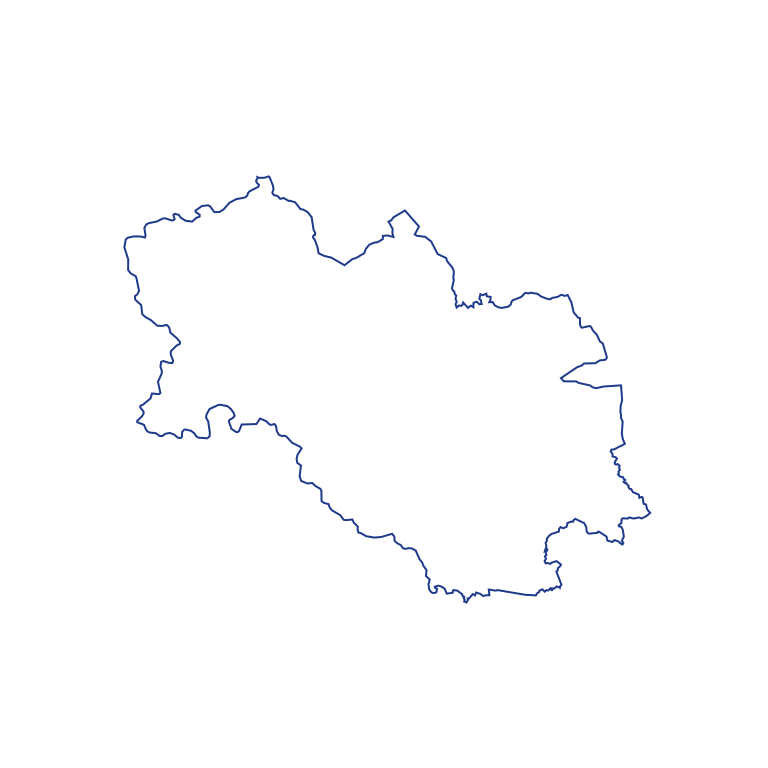 the district of Pacula, Hidalgo, Mexico, rotated 297°
{"feature_id": "50627088B29621121298920", "entity_name": "Pacula", "entity_type": "district", "adm_level": 2, "iso_a3": "MEX", "parent_name": "Mexico", "parent_adm1": "Hidalgo", "projection": "robinson", "projection_center": [-99.322, 21.003], "detail": "fine", "context": "isolated", "style": "outline", "palette": "blue", "viewbox_px": 768, "rotation_deg": 297, "n_neighbors": 0, "source": "geoboundaries", "source_scale": "gbopen_adm2", "svg_char_len": 6159}
<svg xmlns="http://www.w3.org/2000/svg" viewBox="0 0 768 768"><g transform="rotate(297 384 384)"><path d="M510.8,177.3L510.0,178.0L507.2,177.7L505.7,179.0L504.7,182.2L502.7,182.5L494.6,176.7L492.6,176.2L489.5,176.6L487.0,175.4L481.6,168.4L475.3,164.0L466.4,161.7L462.5,159.2L460.1,154.8L463.4,148.4L463.4,146.2L459.9,141.0L453.0,137.3L451.8,138.0L451.1,143.0L449.5,143.7L446.9,141.4L441.6,139.3L439.4,133.1L439.9,127.3L441.6,124.3L440.5,120.1L439.0,119.6L435.9,122.6L434.0,121.8L433.2,119.9L432.4,114.2L431.2,111.9L425.6,107.8L420.5,101.3L418.1,99.7L414.1,99.7L408.1,104.1L406.0,104.5L405.0,100.4L402.0,94.2L398.0,89.3L395.5,88.3L387.9,90.6L378.8,99.6L369.5,104.2L367.6,107.9L367.3,113.8L365.8,115.5L355.7,123.5L352.1,123.5L349.2,122.3L347.1,123.3L346.0,124.7L344.1,131.8L336.6,136.8L335.4,140.5L335.1,147.2L333.0,155.4L335.0,160.0L337.8,163.3L337.8,164.5L336.8,167.0L332.8,170.3L330.7,178.8L328.6,183.4L326.9,183.8L324.2,181.8L316.3,179.2L313.4,180.7L309.0,185.5L306.6,185.9L305.2,182.7L304.3,177.0L302.6,175.4L298.0,176.9L294.9,180.0L292.4,181.2L283.4,181.6L274.4,188.9L272.8,188.1L270.2,181.6L265.1,182.5L256.1,178.6L253.9,176.8L252.5,177.5L250.2,182.3L248.6,183.2L245.1,183.0L239.2,180.8L237.9,181.5L238.7,188.6L235.3,192.7L234.3,194.9L234.4,197.3L236.6,203.1L235.8,207.7L237.1,210.2L240.2,211.6L243.2,215.4L243.7,219.9L242.6,224.6L243.5,227.4L245.2,227.9L249.8,225.9L252.6,226.7L253.3,227.7L254.7,233.4L254.0,237.3L252.2,240.3L251.9,242.9L255.3,251.1L258.0,252.4L261.5,251.0L270.9,244.3L273.3,240.7L276.3,239.7L282.5,239.9L290.2,246.0L291.2,247.7L293.2,254.5L292.2,259.0L289.8,263.4L287.8,265.4L285.0,264.7L281.8,262.6L280.3,262.7L274.8,268.4L274.1,274.1L274.7,275.5L276.3,276.2L283.3,275.6L290.4,288.5L297.0,289.3L297.4,295.8L296.0,300.3L296.3,302.0L298.6,304.5L297.6,306.8L293.3,310.0L291.1,313.2L291.2,316.4L292.7,318.8L292.9,320.7L289.9,328.9L290.0,337.5L289.2,339.8L281.6,339.1L277.5,340.2L274.4,342.5L273.7,347.0L263.6,350.7L260.0,354.2L260.6,361.0L263.2,364.9L262.0,369.1L261.7,374.8L260.4,376.7L251.3,381.5L250.8,384.4L251.8,389.2L249.2,391.8L247.8,395.1L247.3,404.4L244.7,409.7L245.4,411.9L248.9,417.3L246.6,420.3L245.1,425.4L242.5,426.4L240.0,428.7L240.6,431.0L240.3,437.3L242.8,445.1L246.5,451.1L254.2,459.2L252.9,462.3L249.0,464.7L248.1,468.1L248.1,472.0L246.3,475.4L246.7,477.7L249.0,480.6L250.1,483.5L250.1,487.7L243.9,495.4L242.4,498.9L239.8,501.8L237.5,506.4L231.9,508.6L230.6,513.5L225.9,514.5L221.8,517.3L220.2,519.8L219.9,521.9L220.5,523.6L222.2,525.2L225.4,524.4L225.8,521.6L226.4,521.3L229.0,524.0L229.6,526.9L229.2,531.0L225.7,535.1L229.2,540.0L231.2,539.2L232.0,539.7L233.2,543.3L232.1,549.2L230.8,550.3L230.8,552.1L229.3,552.2L228.4,554.0L226.6,554.1L226.7,556.6L230.0,556.9L230.9,555.9L231.8,557.2L237.1,558.5L236.9,561.0L240.1,560.9L240.7,565.2L240.1,568.7L241.6,570.0L243.6,573.8L248.4,570.7L250.6,577.3L252.0,579.0L260.3,605.5L264.6,615.3L266.6,615.3L269.3,616.7L270.5,616.3L273.0,618.3L271.9,621.4L274.0,622.2L274.5,624.0L277.7,625.1L277.8,626.0L276.6,626.4L276.6,627.3L278.7,627.4L279.2,628.7L282.2,629.9L282.2,633.3L283.5,632.7L285.6,633.3L295.2,622.7L296.5,623.4L299.1,622.6L301.8,623.8L303.5,623.5L304.5,618.2L301.0,614.5L299.2,613.8L298.8,611.0L297.6,609.6L299.0,607.5L301.8,607.7L303.5,605.6L305.5,606.3L307.4,604.4L310.2,604.9L310.7,604.6L308.3,603.2L313.4,602.3L315.6,600.2L318.7,600.2L320.1,599.3L323.7,600.0L326.4,601.3L331.9,606.8L334.4,605.8L336.6,606.2L336.9,609.2L339.6,611.5L343.4,610.6L346.6,613.5L347.1,615.0L349.0,614.8L350.7,615.7L350.9,625.5L348.6,628.9L344.3,631.8L343.6,634.5L348.3,641.7L349.4,641.6L350.0,642.5L349.1,651.5L345.9,654.1L346.9,659.2L349.6,660.3L350.1,664.5L349.3,667.0L349.3,669.4L351.2,669.3L352.1,667.1L356.9,667.0L362.3,663.1L364.4,660.4L363.9,657.9L364.7,657.2L367.6,658.6L371.6,657.1L372.6,657.6L374.9,662.4L376.4,663.0L377.5,667.6L380.9,671.9L381.1,674.6L385.5,677.8L390.0,679.7L391.8,675.3L395.6,672.2L395.1,669.7L400.3,666.0L400.4,664.9L398.5,663.3L401.1,661.2L400.6,654.8L402.6,652.0L402.0,650.9L402.9,648.7L404.5,648.1L405.0,645.4L406.0,644.7L405.2,643.7L405.5,641.9L408.0,642.5L408.4,640.4L409.5,639.3L408.7,636.4L409.6,633.6L410.9,633.9L412.4,632.7L414.8,633.1L416.0,631.5L418.1,631.1L418.8,628.7L417.5,627.4L417.7,625.8L419.6,625.0L423.2,625.5L423.9,623.7L423.2,620.5L425.5,619.3L426.9,616.5L428.8,616.5L430.2,618.7L440.0,625.8L443.6,621.5L448.1,618.3L458.7,613.8L461.8,610.2L464.1,609.3L466.2,607.4L472.0,604.8L477.8,603.5L490.4,595.8L481.4,580.7L476.4,574.7L475.8,571.0L476.3,568.4L473.4,557.1L473.5,554.0L468.0,542.9L469.6,539.0L486.4,548.3L490.6,552.0L493.0,552.8L498.5,562.9L503.0,565.6L505.8,569.9L507.6,570.7L509.2,570.3L519.5,560.5L519.9,557.1L524.3,551.6L526.6,545.7L528.9,542.5L529.0,540.8L524.0,534.8L524.2,533.7L525.9,531.7L531.7,528.6L531.2,526.9L533.9,520.5L541.8,513.9L546.7,507.2L544.7,505.3L543.9,501.4L540.5,499.2L536.8,494.5L535.2,493.9L534.1,491.7L533.3,484.4L534.0,479.7L531.9,473.1L530.6,472.2L529.3,468.5L523.8,466.7L517.0,460.7L515.1,460.2L513.0,460.9L509.5,459.8L505.2,454.3L504.3,451.2L504.3,447.1L506.3,443.5L504.7,440.7L507.1,440.7L510.0,439.5L508.8,435.8L510.9,434.2L507.9,431.6L507.8,429.1L503.1,430.3L502.7,432.2L499.6,434.7L498.3,432.7L499.4,429.4L499.0,428.8L496.9,426.9L493.0,428.8L493.3,425.9L490.0,424.3L492.5,417.5L490.1,418.0L488.6,417.3L488.0,415.2L485.1,414.0L487.6,411.5L490.1,411.5L492.5,409.0L495.6,408.2L496.1,406.4L498.3,404.6L498.7,402.8L500.2,401.1L508.0,399.1L511.3,396.9L513.5,396.4L517.0,394.3L519.0,391.6L522.1,384.5L524.5,382.1L524.1,372.8L532.4,361.4L533.8,353.8L531.0,346.1L531.2,343.5L540.2,343.7L548.1,323.9L536.9,316.8L533.0,316.1L530.8,314.3L526.0,321.4L522.3,322.9L519.3,325.7L518.0,319.8L515.4,315.7L512.6,317.2L507.4,313.9L505.5,311.1L501.5,307.7L496.4,306.5L491.6,307.0L483.9,302.1L480.9,299.1L471.9,294.9L472.7,279.6L471.0,272.7L470.8,266.4L476.1,262.3L481.0,256.9L482.5,254.0L484.7,253.8L485.5,254.9L487.3,254.2L489.6,251.1L499.8,243.8L502.6,237.6L502.7,232.7L501.9,230.2L505.6,222.2L504.5,216.7L503.8,216.1L504.2,210.1L501.8,207.5L503.2,203.8L502.3,200.1L503.6,197.7L507.5,197.1L510.7,194.6L516.3,188.2L516.6,187.0L513.4,183.7L510.9,178.8L510.8,177.3Z" fill="none" stroke="#1e3a8a" stroke-width="2"/></g></svg>